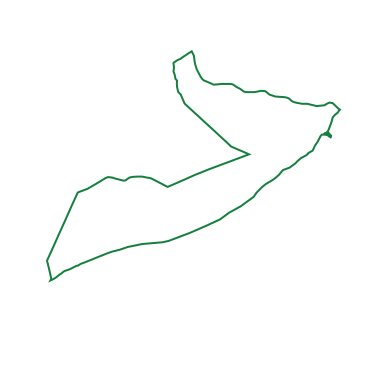 outline of Somalia, rotated 24°
{"feature_id": "SOM", "entity_name": "Somalia", "entity_type": "country or territory", "adm_level": 0, "iso_a3": "SOM", "parent_name": "Africa", "parent_adm1": "", "projection": "albers", "projection_center": [45.827, 5.144], "detail": "fine", "context": "isolated", "style": "outline", "palette": "green", "viewbox_px": 384, "rotation_deg": 24, "n_neighbors": 0, "source": "natural_earth", "source_scale": "50m", "svg_char_len": 2406}
<svg xmlns="http://www.w3.org/2000/svg" viewBox="0 0 384 384"><g transform="rotate(24 192 192)"><path d="M98.7,328.8L98.4,328.0L96.5,325.5L93.0,320.8L90.3,317.3L87.5,313.7L87.5,310.9L87.6,302.4L87.6,285.3L87.7,268.3L87.7,251.2L87.8,242.7L87.8,239.2L88.1,238.6L91.3,235.5L95.4,231.4L101.0,223.6L104.0,219.3L106.5,215.7L107.1,214.7L109.3,212.5L113.4,211.2L116.0,211.0L124.7,209.5L126.1,208.8L126.8,208.1L127.6,206.4L129.3,204.0L131.5,202.4L135.7,200.2L139.8,198.4L140.7,198.1L145.6,197.0L146.8,196.6L148.8,196.2L149.6,196.2L156.5,196.6L161.8,196.9L167.4,197.3L167.9,197.0L171.8,192.8L178.0,186.0L181.9,181.7L187.9,175.0L192.6,170.2L197.7,164.9L202.7,160.0L208.6,154.2L212.4,150.5L218.3,144.7L223.8,139.3L228.7,134.4L221.9,134.4L215.3,134.5L208.8,134.5L207.6,133.9L202.1,132.0L195.1,129.7L186.5,126.7L180.3,124.7L173.8,122.5L167.1,120.2L161.9,118.5L155.4,116.3L149.8,114.4L149.0,114.0L145.9,111.1L141.8,107.3L141.0,107.2L139.0,106.4L137.3,104.4L135.4,101.8L133.8,98.5L133.0,96.3L130.8,95.3L129.7,93.6L127.7,91.0L126.3,89.7L125.8,88.6L125.2,86.4L124.0,83.9L122.9,82.4L122.7,81.7L122.7,81.3L124.8,77.9L125.7,76.7L126.8,75.6L127.7,74.4L128.0,73.7L130.5,69.7L132.7,66.3L134.5,63.6L138.3,66.7L142.1,73.0L146.5,78.1L152.5,82.8L154.9,84.4L157.1,85.2L168.2,85.1L176.0,80.8L183.1,77.7L185.5,77.1L189.7,77.9L194.2,78.2L198.3,79.1L200.4,78.9L208.6,75.3L213.6,71.7L217.1,70.2L218.5,70.2L223.2,71.5L229.3,70.9L237.7,67.8L240.3,67.2L242.3,67.1L246.9,68.5L247.6,68.4L250.1,68.2L256.5,66.7L261.6,64.5L270.9,62.8L277.9,58.8L279.1,56.8L281.2,54.4L284.3,53.6L292.3,56.4L293.6,56.6L293.1,58.3L292.9,60.1L291.3,63.2L290.2,66.6L291.0,71.8L291.5,80.3L291.3,81.5L290.8,82.7L290.6,83.7L289.7,84.0L289.3,84.6L290.0,84.8L292.5,83.8L292.4,82.8L292.5,82.3L294.6,83.4L296.1,83.9L296.5,85.0L296.4,85.7L294.1,85.4L292.9,84.8L289.4,85.8L287.3,86.8L286.7,88.5L286.3,95.1L285.5,99.4L285.4,105.1L282.6,108.9L281.7,111.6L277.6,117.0L275.5,121.6L274.8,123.8L271.2,130.1L266.2,134.9L264.4,141.1L262.6,145.0L260.6,148.5L256.2,154.7L254.0,159.0L251.2,166.5L250.3,171.3L242.4,185.1L234.1,196.1L228.9,205.4L219.6,216.1L206.9,230.0L190.3,246.4L185.7,249.8L167.5,259.9L155.6,268.4L149.5,274.1L143.1,279.1L138.1,283.9L122.7,299.9L121.1,301.4L119.6,302.9L117.7,305.6L116.3,306.6L112.7,311.2L110.4,313.6L107.8,315.9L106.7,317.6L105.9,319.5L105.0,320.6L102.7,325.1L100.7,328.1L98.6,330.4L98.7,328.8Z" fill="none" stroke="#15803d" stroke-width="2"/></g></svg>